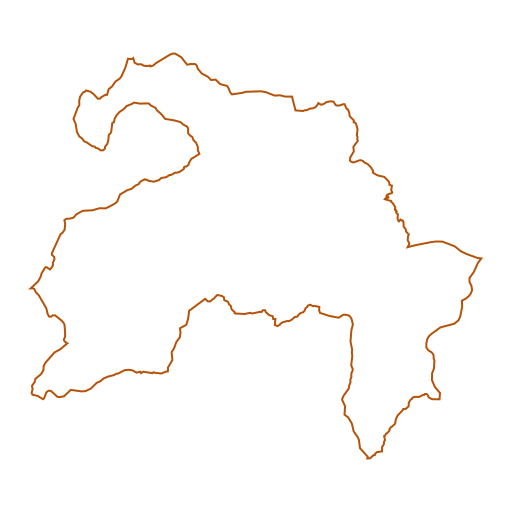 outline of Santiago, Morona Santiago, Ecuador
{"feature_id": "8360857B27745190393271", "entity_name": "Santiago", "entity_type": "district", "adm_level": 2, "iso_a3": "ECU", "parent_name": "Ecuador", "parent_adm1": "Morona Santiago", "projection": "albers", "projection_center": [-78.365, -2.749], "detail": "fine", "context": "isolated", "style": "outline", "palette": "amber", "viewbox_px": 512, "rotation_deg": 0, "n_neighbors": 0, "source": "geoboundaries", "source_scale": "gbopen_adm2", "svg_char_len": 5976}
<svg xmlns="http://www.w3.org/2000/svg" viewBox="0 0 512 512"><path d="M83.1,92.4L80.1,96.7L79.2,100.6L79.3,105.1L77.6,107.9L73.5,118.9L75.6,123.8L77.0,132.1L79.2,136.3L82.5,138.8L83.9,141.2L86.7,142.4L92.2,146.2L94.7,146.6L95.9,148.0L97.5,148.2L100.7,150.4L103.1,150.3L104.8,148.8L105.1,146.6L107.3,143.9L108.3,140.3L108.8,134.8L110.5,133.3L111.2,131.8L112.3,123.0L114.0,122.1L114.6,118.7L116.7,115.1L119.4,112.1L123.8,109.0L126.6,106.0L132.0,103.9L133.9,102.6L140.0,103.6L148.7,103.4L150.7,105.4L155.5,107.8L156.9,110.3L161.0,113.8L165.2,118.9L173.9,120.3L180.5,122.1L182.9,124.3L187.2,126.7L188.1,128.6L188.1,133.1L190.1,135.6L192.2,136.8L193.5,140.2L196.1,142.7L198.0,147.6L197.7,149.9L199.4,153.9L191.2,159.0L189.1,162.6L188.5,164.9L186.2,166.6L184.8,166.6L184.0,167.3L184.0,168.5L183.3,169.4L179.5,171.9L176.9,172.7L175.4,172.6L170.9,175.0L169.5,175.0L166.2,177.2L161.2,178.0L159.0,180.1L153.7,181.7L148.2,180.7L146.9,179.6L145.3,179.8L144.6,179.3L142.1,180.6L140.1,181.9L138.7,184.1L135.4,185.6L131.3,189.0L127.8,189.9L120.0,194.5L117.2,201.6L115.0,203.5L108.2,207.2L105.4,208.4L99.6,208.2L92.4,210.3L82.7,210.8L76.3,214.4L73.6,217.6L70.5,218.5L66.4,218.8L64.4,220.1L65.2,224.1L64.6,229.7L62.5,232.8L60.6,234.1L51.9,253.2L52.0,254.9L54.1,256.8L54.5,259.0L52.9,262.6L52.9,265.2L52.2,266.8L50.0,269.5L46.6,267.2L45.9,267.1L44.9,267.9L41.5,273.6L40.6,276.8L38.1,281.4L30.7,288.4L32.6,288.3L34.2,288.9L35.7,292.0L38.8,295.3L46.3,308.3L47.6,313.8L49.1,316.6L51.0,316.7L53.0,315.3L55.2,315.4L61.5,320.5L63.5,322.8L64.5,324.7L65.1,332.6L65.1,336.9L63.9,339.4L64.1,340.5L65.2,341.9L67.4,343.3L60.1,349.4L54.5,352.4L45.3,362.9L43.7,366.0L43.4,370.1L41.2,374.0L35.4,378.8L34.6,382.1L32.0,385.8L32.6,389.0L31.6,393.0L32.5,394.7L37.8,396.0L43.0,399.2L44.1,398.3L46.3,392.5L48.0,391.0L49.5,390.6L51.4,391.3L57.4,396.8L59.5,397.1L64.0,396.3L70.8,389.9L81.6,391.4L85.5,391.1L90.8,388.6L96.8,382.8L100.1,381.4L103.7,378.4L108.0,376.6L114.2,375.0L116.3,373.7L117.8,373.7L124.8,370.1L128.8,369.8L132.3,370.3L136.5,372.6L140.3,371.7L141.0,373.1L143.3,371.7L152.4,373.2L153.6,372.2L154.8,372.8L161.2,373.5L165.9,371.6L167.9,371.4L168.0,367.5L172.4,360.0L171.6,352.1L174.0,348.4L176.4,341.9L179.8,337.3L180.5,332.2L179.9,328.3L186.3,324.8L188.2,318.4L189.1,310.8L205.2,298.8L207.7,301.3L209.9,301.5L213.9,298.5L217.2,295.0L221.8,295.9L223.9,297.3L224.3,300.2L227.9,301.7L229.2,304.5L230.8,305.9L231.6,309.3L234.7,312.2L234.7,313.2L235.5,313.5L244.7,314.0L250.2,312.8L252.2,313.5L260.1,311.8L261.5,312.1L262.8,310.3L265.0,310.2L265.9,312.2L269.1,315.1L272.7,316.2L273.2,319.0L275.4,319.0L274.8,324.9L277.4,326.1L279.8,324.8L280.3,323.9L283.0,322.1L287.4,321.0L289.3,321.0L291.9,319.6L294.7,317.0L297.4,316.6L298.7,314.6L300.5,313.1L303.3,312.2L304.7,310.5L305.5,308.3L307.3,306.9L307.7,305.7L310.2,304.7L312.9,306.2L314.3,305.9L319.3,306.9L319.1,310.2L320.0,312.9L329.5,316.0L338.7,317.7L343.2,314.8L344.4,314.6L348.6,315.4L350.3,316.8L351.6,319.2L352.9,324.5L351.4,330.2L350.5,341.5L352.2,349.9L351.8,352.2L352.3,356.0L351.2,365.3L352.6,368.7L352.7,370.3L351.3,373.6L351.4,377.0L350.3,379.9L350.5,382.1L349.1,385.9L348.8,388.5L343.7,395.6L342.2,398.8L342.2,400.0L345.1,406.2L344.5,414.7L348.2,417.4L351.9,423.7L353.7,431.4L358.0,437.6L358.9,440.0L360.0,448.2L367.5,456.5L367.9,457.3L367.4,458.4L370.2,458.3L373.5,455.1L374.8,455.1L375.1,453.8L377.0,452.1L382.0,451.4L382.1,446.9L383.8,444.4L384.0,441.9L385.0,440.0L384.1,436.1L385.1,435.6L386.0,433.7L387.2,433.1L389.4,430.8L389.6,428.9L391.3,426.8L392.3,426.4L395.1,423.7L395.9,419.0L397.8,415.2L402.1,410.9L403.3,409.0L405.7,408.9L408.6,406.4L408.8,402.8L410.4,399.9L412.1,398.7L412.6,397.5L415.4,396.8L419.3,396.9L423.2,394.8L424.2,394.9L425.0,394.0L426.3,393.9L427.4,394.6L428.7,397.3L431.0,398.7L432.2,399.2L439.5,399.3L440.0,393.0L434.9,387.0L432.0,380.2L432.1,373.2L433.9,368.8L434.4,360.5L433.8,358.9L433.4,354.7L431.6,352.3L428.4,350.4L426.3,347.4L426.4,343.2L427.4,338.8L428.9,336.3L431.6,333.8L440.4,327.4L454.3,323.7L458.4,320.4L460.2,316.7L462.2,306.6L461.9,300.7L465.9,298.6L468.8,296.1L470.6,293.8L472.1,290.3L471.5,286.0L469.5,281.9L469.5,277.9L473.6,272.4L478.0,262.8L481.3,258.4L477.6,258.0L466.3,253.9L460.8,251.2L454.7,246.3L442.4,241.6L435.7,241.5L430.7,242.2L414.9,245.3L407.6,247.2L409.4,243.7L407.7,240.1L408.0,236.4L408.8,234.6L406.1,231.5L405.7,229.3L403.7,226.6L403.4,221.5L402.4,220.3L401.9,220.6L400.4,219.6L399.0,221.4L398.4,221.0L397.5,218.4L397.9,214.3L396.7,213.3L396.1,212.2L396.7,211.3L395.5,210.5L395.7,209.7L394.8,209.3L395.2,207.7L394.9,206.6L392.7,203.1L391.1,201.7L391.1,201.0L384.8,199.2L385.4,198.4L387.5,198.1L388.4,197.3L388.1,196.7L386.5,196.6L386.5,195.7L387.4,194.6L392.0,193.0L392.2,192.4L391.2,190.1L391.9,185.6L389.4,184.8L389.3,182.8L388.6,181.3L384.3,176.9L377.6,175.4L373.1,172.8L372.8,172.4L373.1,170.9L370.8,167.2L367.8,164.2L364.1,162.3L363.0,161.0L360.8,160.2L359.2,160.4L353.5,162.5L351.1,161.7L350.0,160.7L350.2,157.6L353.8,151.4L353.4,146.9L357.8,140.8L357.3,139.0L357.5,136.9L356.8,135.4L357.6,129.3L356.0,123.6L355.2,122.7L353.7,122.3L353.8,120.4L349.7,116.2L349.2,112.5L347.8,109.4L346.8,108.9L346.0,107.5L344.7,104.3L343.7,104.1L339.3,105.5L337.1,105.6L335.6,105.0L333.6,101.7L330.6,101.3L326.5,102.1L324.2,103.7L321.2,104.8L318.3,103.1L317.2,105.3L315.5,107.1L313.0,108.3L309.6,108.7L307.0,110.1L304.6,110.3L303.2,111.0L295.5,110.4L292.0,96.6L285.3,96.6L280.1,95.3L274.6,95.6L265.9,92.2L261.2,91.3L245.6,91.8L242.5,92.8L231.9,94.4L230.0,92.1L228.8,88.6L227.0,85.9L220.2,84.1L215.6,79.6L211.1,80.0L207.6,76.6L201.8,73.5L198.1,69.2L196.5,65.2L195.2,64.1L190.8,64.0L187.2,64.7L181.1,57.1L175.1,53.6L172.7,53.6L170.2,54.5L155.7,63.3L153.4,65.4L150.5,66.4L149.9,65.5L148.4,66.0L144.0,65.8L141.0,64.2L137.7,64.4L134.6,62.7L133.2,58.1L131.7,59.1L128.0,58.7L125.5,67.2L121.4,76.4L119.7,78.6L115.4,81.6L112.1,86.4L108.7,89.2L107.0,94.9L105.3,94.9L101.4,97.1L100.2,98.5L98.0,98.8L93.9,94.4L90.7,91.8L86.0,90.5L84.8,91.8L83.1,92.4Z" fill="none" stroke="#b45309" stroke-width="2"/></svg>